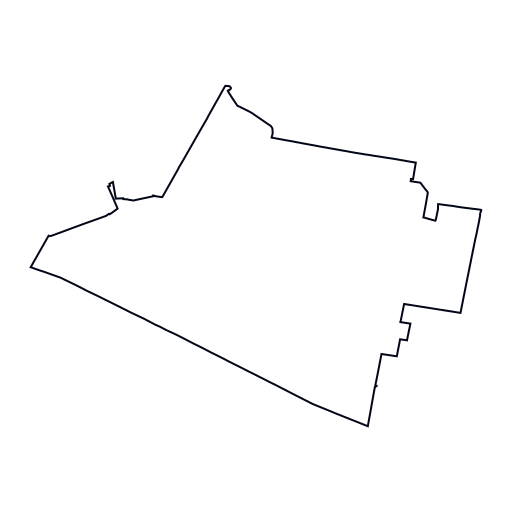 outline of Cerchezu, Constanta, Romania
{"feature_id": "2599482B21562534205854", "entity_name": "Cerchezu", "entity_type": "district", "adm_level": 2, "iso_a3": "ROU", "parent_name": "Romania", "parent_adm1": "Constanta", "projection": "natural_earth1", "projection_center": [28.101, 43.844], "detail": "fine", "context": "isolated", "style": "outline", "palette": "ink", "viewbox_px": 512, "rotation_deg": 0, "n_neighbors": 0, "source": "geoboundaries", "source_scale": "gbopen_adm2", "svg_char_len": 3526}
<svg xmlns="http://www.w3.org/2000/svg" viewBox="0 0 512 512"><path d="M30.7,267.2L32.0,267.7L39.7,270.4L40.3,270.6L44.1,271.8L51.3,274.4L60.4,277.6L67.3,281.0L75.8,285.1L85.0,289.8L85.2,290.0L92.1,293.3L99.2,296.7L107.6,300.9L115.7,304.9L122.1,308.1L131.0,312.6L137.6,315.7L144.5,319.0L155.7,324.9L159.7,326.6L166.1,330.0L174.4,333.8L176.1,334.6L183.8,338.5L192.8,343.2L198.9,346.2L203.5,348.5L210.9,352.4L216.2,355.0L221.4,357.6L225.1,359.5L228.5,361.3L235.3,364.7L241.5,367.8L248.7,371.5L252.6,373.4L255.0,374.6L258.1,376.2L262.1,378.2L263.7,379.0L268.7,381.6L276.0,385.2L286.5,390.6L291.7,393.3L296.0,395.5L303.1,399.1L312.7,404.0L319.8,406.9L326.7,409.7L331.9,411.8L333.7,412.6L342.4,416.1L351.2,419.6L367.8,426.2L370.9,409.2L371.5,405.6L374.9,386.8L375.4,386.9L375.7,386.7L375.9,386.3L376.6,385.9L375.4,384.9L376.4,380.1L378.1,371.5L379.8,362.8L381.5,354.0L396.8,356.3L400.1,339.3L407.0,340.3L407.0,340.2L410.4,323.6L400.4,322.1L400.5,321.6L401.2,318.5L404.1,304.0L460.5,312.9L463.9,295.7L467.4,278.2L473.2,249.4L475.1,240.0L475.6,237.7L476.2,235.4L476.8,232.5L477.4,229.3L478.1,226.0L479.2,220.7L479.2,220.3L479.9,216.7L480.1,215.8L480.1,214.7L480.0,214.4L480.0,214.2L480.1,213.8L480.3,213.1L480.5,212.5L481.1,210.9L481.2,210.5L481.3,210.2L481.2,210.0L480.8,209.8L478.7,209.5L476.7,209.2L472.8,208.8L469.1,208.3L465.7,207.9L461.2,207.3L456.4,206.6L453.8,206.1L445.8,205.1L438.5,204.1L438.1,204.1L438.0,206.5L438.0,209.1L436.9,214.5L435.8,219.8L435.3,220.7L429.4,219.1L424.6,217.7L423.6,217.4L423.4,217.4L426.4,201.0L426.4,200.9L427.8,192.8L427.4,191.7L425.0,188.8L424.3,187.9L422.2,185.1L420.4,182.7L419.8,182.6L414.6,181.8L412.7,181.5L410.7,181.2L410.8,180.3L410.8,180.2L411.0,178.9L413.1,179.0L414.4,171.0L415.0,167.4L415.8,162.6L412.1,162.0L407.3,161.2L404.7,160.7L400.5,160.0L397.4,159.4L397.2,159.4L395.3,159.1L393.0,158.7L391.7,158.5L386.3,157.7L377.6,156.3L373.4,155.7L369.5,155.0L365.1,154.4L360.4,153.6L356.5,153.0L356.4,153.0L355.2,152.8L354.2,152.6L350.7,152.0L347.1,151.3L344.8,150.9L342.4,150.5L335.7,149.3L329.4,148.2L325.7,147.5L323.2,147.1L321.6,146.8L321.4,146.8L320.7,146.7L319.7,146.5L318.4,146.2L309.7,144.6L301.9,143.2L300.1,142.8L297.2,142.3L293.6,141.6L290.4,141.0L287.8,140.6L285.8,140.2L283.5,139.8L271.6,137.6L272.7,133.2L272.4,128.4L271.0,126.1L266.4,123.0L251.7,112.9L249.2,111.5L242.1,108.0L239.6,106.7L237.5,105.8L237.4,105.7L236.3,104.1L234.2,101.0L231.7,97.2L230.1,94.7L228.7,92.6L228.3,91.7L227.8,90.8L228.5,90.2L229.2,90.1L230.4,89.2L230.9,88.4L230.9,87.8L229.8,86.4L228.9,86.1L227.2,86.0L225.5,85.8L225.2,86.0L221.8,91.9L218.2,98.5L213.8,106.2L212.7,108.2L208.6,115.5L208.0,116.6L207.8,117.1L206.9,118.8L202.1,127.1L199.1,132.3L195.7,138.2L193.8,141.6L193.0,143.1L192.9,143.2L191.9,144.9L190.8,146.9L190.0,148.2L189.3,149.5L188.5,150.9L186.9,153.6L186.3,154.7L185.4,156.3L183.7,159.3L181.5,163.0L178.7,167.8L178.4,168.6L170.9,181.9L165.7,191.1L162.3,197.1L162.2,197.1L159.4,196.8L157.5,196.5L155.6,196.2L154.5,195.9L153.8,195.5L153.5,195.5L153.7,195.9L153.9,196.1L142.1,198.6L133.4,200.5L127.9,199.6L127.5,199.3L126.2,199.3L123.3,199.1L123.2,198.3L115.8,198.6L112.9,182.0L109.4,183.9L110.0,185.8L108.0,186.5L112.8,197.4L117.5,208.3L117.6,208.6L111.5,213.1L109.7,214.2L109.4,213.8L109.1,213.8L108.9,213.9L107.7,214.7L106.7,215.5L106.2,215.7L105.7,216.0L100.5,217.9L93.2,220.5L88.1,222.3L87.3,222.6L82.8,224.2L81.7,224.6L78.0,226.0L73.5,227.6L71.7,228.3L67.9,229.7L64.2,231.1L50.0,236.3L50.1,236.2L48.6,235.7L41.9,247.5L30.7,267.2Z" fill="none" stroke="#020617" stroke-width="2"/></svg>